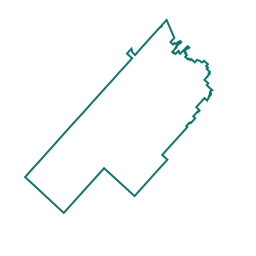 the district of East Pilbara, Western Australia, Australia, rotated 132°
{"feature_id": "25037944B14743311013482", "entity_name": "East Pilbara", "entity_type": "district", "adm_level": 2, "iso_a3": "AUS", "parent_name": "Australia", "parent_adm1": "Western Australia", "projection": "natural_earth1", "projection_center": [120.361, -21.612], "detail": "fine", "context": "isolated", "style": "outline", "palette": "teal", "viewbox_px": 256, "rotation_deg": 132, "n_neighbors": 0, "source": "geoboundaries", "source_scale": "gbopen_adm2", "svg_char_len": 2440}
<svg xmlns="http://www.w3.org/2000/svg" viewBox="0 0 256 256"><g transform="rotate(132 128 128)"><path d="M21.9,171.6L29.8,171.6L29.8,171.1L31.0,171.1L31.1,171.6L37.4,171.7L51.4,171.7L60.4,171.7L69.2,171.6L68.9,173.1L68.9,173.9L68.9,174.0L68.8,175.2L68.6,175.7L66.8,178.5L70.2,178.5L73.4,178.5L73.4,171.6L83.4,171.6L93.0,171.7L103.0,171.6L114.0,171.7L124.9,171.7L135.8,171.7L146.7,171.6L154.1,171.7L163.1,171.8L173.3,171.8L209.6,171.6L222.9,171.7L233.3,171.6L234.1,118.9L173.9,118.9L174.2,77.6L133.9,77.6L125.2,77.5L125.1,84.6L87.5,84.5L87.5,86.0L83.6,86.0L83.5,85.4L82.0,85.4L82.0,84.6L75.7,84.6L75.7,87.3L69.2,87.3L69.2,86.5L67.1,86.5L66.7,91.2L63.2,91.2L62.3,91.2L54.6,91.2L54.6,87.7L54.4,87.8L54.2,87.9L53.8,87.9L53.7,87.9L53.3,87.9L53.1,87.9L52.9,87.9L52.0,88.2L51.9,88.2L51.6,88.2L51.4,88.3L51.2,88.4L51.0,88.5L50.9,88.5L50.7,88.6L50.6,88.8L50.5,88.7L50.1,88.8L49.9,88.8L49.7,88.9L49.4,88.8L49.2,88.8L49.1,88.7L49.0,88.8L49.0,88.7L48.9,88.6L48.7,88.6L48.7,88.8L48.6,89.0L48.5,88.9L48.4,88.8L48.4,88.7L48.2,88.7L48.1,88.8L47.9,88.9L47.9,89.0L47.9,88.9L48.0,88.9L48.1,89.0L48.3,89.2L48.2,89.2L48.1,89.3L48.1,89.5L48.2,89.8L48.3,90.0L48.2,89.9L47.9,89.8L47.9,90.0L47.7,90.0L47.8,90.1L47.7,90.2L47.4,90.2L47.3,90.3L47.2,90.4L47.1,90.5L47.1,90.4L47.3,90.3L47.3,90.2L47.5,90.0L47.4,90.0L47.4,89.9L47.4,90.0L47.4,89.9L47.4,89.7L47.3,89.4L47.2,89.4L47.2,89.5L46.9,89.6L46.9,89.8L46.8,90.0L46.7,90.2L46.7,90.3L46.6,90.5L46.4,90.6L46.2,90.7L45.8,91.0L45.6,91.1L45.3,91.2L45.1,91.2L44.9,91.3L44.7,91.4L44.7,91.2L44.4,91.2L44.2,91.1L43.9,90.9L43.6,90.7L43.5,98.2L41.1,98.2L41.1,103.4L36.9,103.4L36.9,103.6L33.0,103.6L33.0,104.4L33.1,104.6L31.5,104.6L31.5,108.9L29.6,108.9L29.6,110.0L29.8,110.0L29.8,111.3L27.1,111.3L27.2,116.6L29.2,116.6L29.5,116.7L29.8,117.1L29.9,117.3L30.0,117.4L30.0,117.6L30.0,118.6L29.9,119.0L31.1,122.3L34.5,122.3L34.5,125.1L34.4,125.1L34.4,127.0L35.7,127.0L35.7,129.3L36.9,129.3L36.9,133.0L34.5,133.0L34.5,135.1L33.3,135.1L33.3,136.3L33.5,136.8L33.5,137.3L28.2,137.3L28.2,136.3L27.2,136.3L27.2,138.1L27.8,138.1L27.8,138.4L29.5,138.4L29.5,138.6L33.0,138.6L33.0,138.8L37.9,138.8L37.9,141.4L36.9,141.4L36.9,142.2L40.9,142.2L40.9,142.5L41.3,142.5L41.3,144.3L41.9,144.3L41.9,146.0L37.2,146.0L37.2,145.9L35.8,145.9L35.8,146.6L30.6,146.6L30.5,145.9L28.5,145.9L28.5,147.6L30.6,147.6L30.6,148.4L33.6,148.4L33.6,150.3L35.8,150.3L35.8,153.9L30.0,153.9L28.4,157.5L21.9,171.6Z" fill="none" stroke="#0f766e" stroke-width="2"/></g></svg>